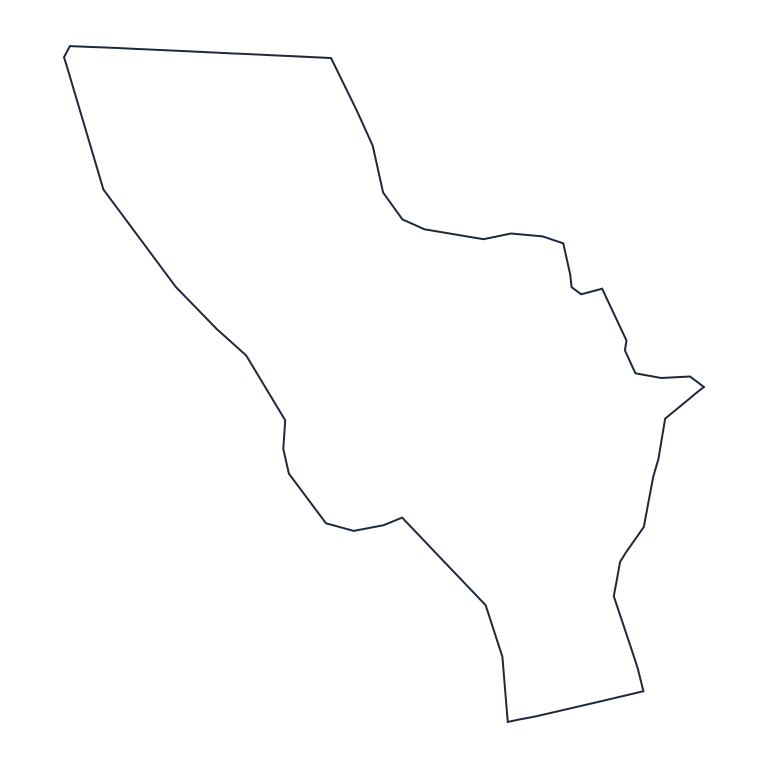 Wasat Jabal Marrah, Central Darfur, Sudan (Albers equal-area conic projection)
{"feature_id": "16777658B31401746790002", "entity_name": "Wasat Jabal Marrah", "entity_type": "district", "adm_level": 2, "iso_a3": "SDN", "parent_name": "Sudan", "parent_adm1": "Central Darfur", "projection": "albers", "projection_center": [24.33, 13.123], "detail": "fine", "context": "isolated", "style": "outline", "palette": "slate", "viewbox_px": 768, "rotation_deg": 0, "n_neighbors": 0, "source": "geoboundaries", "source_scale": "gbopen_adm2", "svg_char_len": 1697}
<svg xmlns="http://www.w3.org/2000/svg" viewBox="0 0 768 768"><path d="M507.8,721.9L508.5,721.8L518.2,719.7L531.6,717.2L537.8,715.9L605.0,700.3L643.4,691.2L643.1,690.0L638.0,669.4L636.9,665.9L634.0,656.8L626.5,634.3L622.6,622.6L617.1,606.2L616.1,603.2L615.6,601.8L614.9,599.5L614.1,597.2L613.8,596.4L614.2,593.9L614.8,590.7L615.2,588.6L615.4,587.5L615.7,585.7L616.4,582.2L618.2,572.3L618.6,570.1L618.7,569.3L619.0,567.6L619.6,564.4L620.1,561.8L625.1,553.8L626.1,552.2L626.8,551.2L628.8,548.3L630.4,546.1L633.2,542.1L636.8,537.0L642.1,529.4L643.8,527.0L645.4,518.5L646.4,513.1L647.0,510.1L647.6,506.5L650.2,492.8L651.2,487.5L651.5,486.0L653.2,477.0L655.5,468.9L655.8,468.0L658.5,458.7L658.8,456.8L661.1,442.8L662.2,436.3L663.6,428.2L663.7,427.6L663.9,426.2L664.5,422.5L664.9,420.5L665.2,418.6L668.2,416.2L670.4,414.3L674.0,411.4L682.1,404.7L683.1,403.8L684.2,403.0L688.9,399.1L693.8,395.0L695.4,393.7L698.4,391.3L701.5,388.8L703.5,387.3L704.0,387.0L704.0,386.9L703.0,386.3L690.0,376.5L661.3,378.0L635.4,373.3L624.9,350.4L626.5,340.5L602.1,288.7L581.2,294.3L571.6,287.2L570.2,274.5L563.3,243.4L542.7,236.4L511.1,233.5L483.5,239.2L424.4,229.3L402.4,219.4L383.1,192.5L372.7,145.7L356.9,110.8L331.5,59.0L331.1,58.1L330.1,58.0L329.6,58.0L327.8,57.9L320.2,57.5L313.5,57.2L241.6,53.8L237.1,53.6L235.3,53.6L219.8,52.8L181.8,51.0L131.5,48.7L115.5,47.9L100.2,47.3L88.9,46.9L69.9,46.1L64.0,57.2L64.7,59.4L67.0,66.8L99.7,177.0L103.4,189.5L175.7,286.8L216.5,328.8L246.2,355.5L285.2,420.3L283.3,448.9L288.9,473.7L326.0,523.3L353.8,530.9L383.6,525.2L402.1,517.6L428.7,545.5L442.4,559.9L480.4,599.7L485.7,605.3L502.4,656.8L507.2,715.3L507.8,721.8L507.8,721.9Z" fill="none" stroke="#1e293b" stroke-width="2"/></svg>